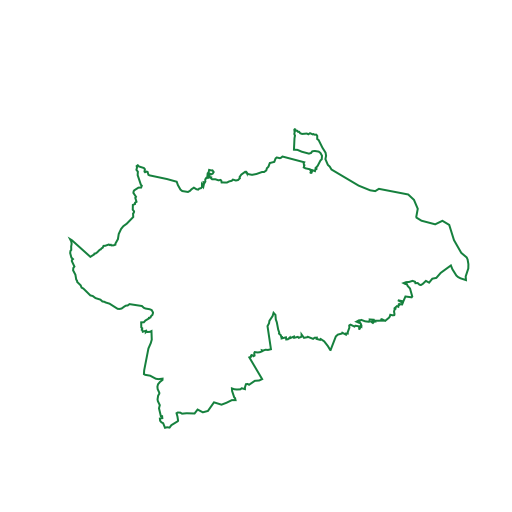 the district of Chilchotla, Puebla, Mexico, rotated 234°
{"feature_id": "50627088B92619426323393", "entity_name": "Chilchotla", "entity_type": "district", "adm_level": 2, "iso_a3": "MEX", "parent_name": "Mexico", "parent_adm1": "Puebla", "projection": "orthographic", "projection_center": [-97.21, 19.256], "detail": "fine", "context": "isolated", "style": "outline", "palette": "green", "viewbox_px": 512, "rotation_deg": 234, "n_neighbors": 0, "source": "geoboundaries", "source_scale": "gbopen_adm2", "svg_char_len": 6130}
<svg xmlns="http://www.w3.org/2000/svg" viewBox="0 0 512 512"><g transform="rotate(234 256 256)"><path d="M244.4,114.6L229.3,98.4L226.3,95.9L225.0,96.5L221.4,100.0L215.6,102.8L213.7,104.7L211.7,108.3L210.7,107.5L210.6,104.4L209.8,101.3L208.2,99.4L206.1,98.2L202.2,97.4L201.5,96.9L200.5,94.7L197.9,92.1L196.3,91.3L191.9,90.5L189.8,88.0L182.4,84.9L181.6,85.9L179.9,84.9L181.0,82.7L179.1,81.6L177.1,81.7L175.3,82.6L170.5,81.4L169.7,83.4L168.0,85.2L168.9,88.1L168.3,95.7L168.6,96.2L172.3,98.1L175.5,99.3L175.4,100.6L173.9,102.6L171.9,103.5L169.6,107.4L164.7,113.7L166.1,118.5L160.8,121.1L158.9,126.0L162.3,136.0L156.0,140.7L154.6,145.9L153.6,151.7L151.4,154.7L153.3,155.5L154.5,155.3L160.8,157.3L163.0,158.7L161.0,160.1L159.2,162.1L157.3,165.0L157.4,166.7L154.8,168.8L156.2,169.8L158.2,172.5L157.4,174.0L155.9,174.7L155.7,181.7L153.4,185.4L152.8,188.6L177.9,191.0L177.4,192.8L178.2,193.3L178.5,194.1L177.7,194.8L176.4,195.1L176.3,196.3L178.5,197.5L179.0,198.5L177.0,200.6L175.9,202.6L175.3,205.1L176.2,205.4L175.4,206.0L174.5,208.7L173.0,210.4L171.8,213.3L192.5,224.1L193.9,227.0L195.7,228.8L197.7,234.2L199.7,236.8L196.9,237.1L193.0,234.7L190.2,233.9L183.4,230.7L180.4,229.8L179.7,229.0L177.3,229.5L175.3,228.7L175.1,229.2L174.2,228.4L172.6,232.4L170.7,231.4L169.9,232.8L170.2,235.6L169.5,235.3L168.5,239.4L167.4,238.8L166.0,242.3L164.7,242.5L164.0,245.0L164.4,245.8L165.7,246.7L161.6,246.7L160.1,249.9L160.2,250.4L155.4,253.5L155.4,255.4L154.2,257.2L153.3,256.3L149.8,259.1L150.7,258.6L150.9,259.5L146.9,261.0L140.9,261.2L136.4,260.8L136.1,261.1L144.0,273.3L144.3,276.0L142.8,279.9L143.2,280.7L139.6,282.5L140.4,283.2L139.3,284.6L140.5,285.5L143.1,289.4L145.0,290.6L145.0,291.3L144.9,292.1L141.0,294.2L141.2,295.4L138.4,298.1L135.8,296.2L136.9,298.5L137.9,299.6L137.0,299.8L137.7,300.4L139.8,301.0L142.2,300.9L141.6,300.0L143.8,298.7L143.4,301.7L142.7,302.2L142.4,303.6L139.0,305.9L136.4,308.7L137.4,310.5L137.8,310.7L135.2,313.8L134.2,313.3L134.9,310.6L133.1,311.2L133.5,313.6L133.0,314.0L133.6,314.3L129.5,320.1L130.5,319.8L131.1,320.1L131.0,320.6L127.6,322.4L127.9,327.2L128.3,328.5L129.5,330.1L127.6,331.8L126.9,333.1L127.6,333.9L129.9,335.0L131.2,336.6L131.3,337.7L132.3,337.5L132.6,340.5L131.3,341.3L132.7,342.8L132.3,343.2L132.9,343.7L130.9,345.7L131.8,347.2L136.8,344.8L132.7,348.5L135.4,353.1L131.1,357.6L131.4,358.6L139.2,361.5L142.6,361.1L144.5,361.5L145.5,360.4L147.3,359.5L146.6,362.1L145.0,364.6L143.9,368.0L141.7,369.5L140.3,369.0L139.1,370.9L136.7,371.4L135.6,372.3L135.4,374.4L136.0,378.8L132.7,380.4L134.0,385.3L132.3,389.0L133.8,395.6L133.8,408.1L129.8,407.1L122.4,406.6L120.2,407.1L117.8,408.3L113.1,411.7L116.2,413.6L121.1,420.4L124.5,423.0L128.7,425.1L131.0,425.6L137.9,423.9L152.5,425.5L167.6,430.6L174.9,427.5L176.3,419.6L187.3,410.6L192.7,408.4L193.5,408.7L199.1,414.6L208.6,416.8L216.3,415.3L238.1,394.9L238.4,390.6L242.0,387.0L252.6,380.4L281.6,367.9L285.0,368.2L287.5,367.7L293.6,369.1L295.9,371.6L298.7,373.0L304.6,373.4L312.9,374.8L314.7,374.3L317.1,376.1L318.7,376.1L319.8,374.6L320.9,374.1L321.0,373.4L323.6,371.9L323.7,369.9L325.2,369.1L327.6,365.1L329.3,363.9L331.1,363.9L331.7,363.0L333.0,363.0L333.9,361.9L335.3,362.2L335.8,361.8L335.6,361.2L333.4,360.0L332.2,358.7L330.5,358.3L328.7,356.4L319.7,349.2L317.5,351.9L313.5,354.3L307.7,359.0L307.0,361.1L307.6,362.9L307.3,363.7L306.4,365.3L303.6,368.1L301.5,368.7L298.3,368.3L295.6,366.0L295.4,364.3L292.7,358.9L292.2,356.3L291.6,356.6L290.8,355.9L291.2,355.0L290.0,353.6L292.2,352.1L290.7,349.8L290.9,349.3L291.4,349.1L292.9,351.5L293.7,350.9L293.3,350.4L294.6,350.5L297.8,347.6L299.6,346.7L300.9,348.4L301.2,348.2L303.0,349.1L303.5,350.1L320.9,335.9L320.8,333.9L321.1,332.8L323.5,330.7L323.4,329.2L321.4,326.1L323.1,321.8L320.9,318.5L320.6,316.4L319.2,314.6L319.2,311.9L320.4,310.3L322.1,304.5L324.0,300.5L327.1,297.6L328.4,297.6L328.1,297.3L328.6,297.4L329.6,296.8L330.1,297.2L330.5,296.8L330.5,291.9L329.5,289.1L328.4,288.7L328.0,286.1L328.9,284.1L331.4,282.2L331.1,280.5L332.1,278.2L332.5,275.7L335.7,271.4L337.4,272.2L338.4,272.0L339.3,270.1L342.0,268.2L343.9,265.6L345.1,265.3L345.9,266.0L346.7,265.1L347.2,263.7L347.9,264.3L347.5,265.2L348.1,265.5L348.6,264.9L349.8,267.0L348.4,267.8L348.1,269.4L348.8,271.1L350.9,271.1L351.5,270.1L353.2,268.7L351.5,266.8L351.3,265.5L348.7,263.2L348.1,261.8L348.4,261.6L347.9,260.2L346.8,259.0L347.0,258.7L346.7,259.1L346.0,258.8L345.5,257.7L346.6,256.9L345.4,255.9L345.3,254.9L345.0,254.9L345.0,256.4L342.9,254.0L345.4,254.2L343.5,252.8L343.2,251.4L343.9,249.7L343.7,248.2L345.1,247.0L347.8,245.9L347.9,242.9L347.5,241.0L347.8,238.6L351.9,234.5L354.1,233.9L359.3,234.5L362.7,235.5L370.6,229.2L383.9,217.2L384.9,216.7L387.8,217.7L388.7,217.0L389.0,215.5L389.8,215.4L391.5,217.1L393.1,217.0L397.3,213.9L398.9,213.7L398.9,212.3L397.5,211.7L396.0,209.9L393.7,210.0L391.0,207.8L381.2,204.7L380.0,204.9L378.9,203.3L380.4,201.1L380.7,196.1L380.3,195.1L379.1,193.9L374.4,193.7L374.0,192.5L370.1,191.2L370.2,189.5L369.2,188.7L369.7,186.4L365.9,183.5L363.8,183.6L362.9,182.7L362.6,181.5L359.7,179.6L358.1,170.4L358.1,166.2L357.2,162.8L354.5,157.9L350.8,154.2L348.7,149.6L347.8,148.9L348.3,147.1L349.6,145.2L350.4,145.2L350.9,144.0L351.8,143.7L352.9,140.0L353.8,138.6L352.8,136.8L353.0,135.7L352.6,134.2L352.9,133.2L352.3,129.7L352.3,127.7L352.9,126.7L352.4,125.9L352.7,121.5L377.0,116.3L378.9,115.5L376.4,115.1L374.2,114.0L372.4,112.1L369.5,110.1L369.2,108.9L367.6,107.4L363.2,105.7L361.1,106.1L360.9,104.6L360.1,104.0L354.2,102.9L353.7,101.2L351.9,99.6L347.0,98.9L342.6,96.7L341.2,96.7L340.1,96.1L335.3,96.9L332.9,96.3L331.2,97.2L321.5,98.8L319.6,100.4L316.3,101.4L312.1,104.5L309.5,105.0L307.9,106.6L307.1,106.8L303.5,109.5L294.6,113.0L293.4,114.4L292.5,116.4L292.5,119.9L292.3,121.6L291.4,123.1L291.4,125.4L282.6,134.3L280.0,134.8L278.5,135.7L275.4,138.7L273.6,139.8L270.9,139.5L270.2,138.9L269.2,137.5L269.1,136.0L268.3,134.4L268.9,133.1L268.4,132.8L268.8,128.6L268.3,126.3L269.8,124.1L265.6,121.2L264.4,121.5L263.4,120.2L262.8,120.5L261.3,119.9L260.2,123.0L259.1,122.1L259.2,123.2L258.4,123.4L257.0,125.6L256.7,127.3L249.6,122.5L247.4,119.7L244.4,114.6Z" fill="none" stroke="#15803d" stroke-width="2"/></g></svg>